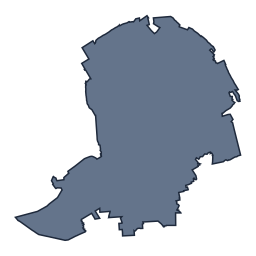 Dundagas pag., Dundagas, Latvia (orthographic projection)
{"feature_id": "27541924B42832973938104", "entity_name": "Dundagas pag.", "entity_type": "district", "adm_level": 2, "iso_a3": "LVA", "parent_name": "Latvia", "parent_adm1": "Dundagas", "projection": "orthographic", "projection_center": [22.38, 57.54], "detail": "fine", "context": "isolated", "style": "filled", "palette": "slate", "viewbox_px": 256, "rotation_deg": 0, "n_neighbors": 0, "source": "geoboundaries", "source_scale": "gbopen_adm2", "svg_char_len": 5633}
<svg xmlns="http://www.w3.org/2000/svg" viewBox="0 0 256 256"><path d="M81.7,63.4L84.9,68.9L84.3,69.3L84.8,70.2L85.8,70.3L90.8,78.8L89.5,79.0L87.4,81.5L85.8,81.3L85.8,81.7L86.0,81.9L85.9,82.1L86.2,82.3L85.9,82.5L85.8,82.9L85.6,83.0L85.7,83.4L85.5,83.5L85.9,83.9L85.8,84.1L86.0,84.4L85.9,84.5L86.0,84.7L86.0,84.8L85.7,84.7L85.7,86.3L85.6,87.2L85.8,88.2L85.8,90.3L85.7,91.4L86.1,96.0L86.4,96.9L86.3,97.3L86.5,98.4L86.6,100.5L87.1,102.0L87.0,102.9L87.6,104.5L88.2,105.0L89.2,107.7L90.2,108.5L91.9,109.7L95.4,115.8L95.6,115.7L97.1,137.2L97.2,139.4L97.5,140.9L97.8,141.7L98.4,142.7L98.6,143.4L98.6,144.7L100.0,145.2L100.4,148.3L100.5,149.2L100.2,150.5L100.5,150.7L100.8,151.3L101.3,152.0L101.2,152.3L101.3,152.8L101.2,153.0L101.2,152.9L101.1,153.2L101.2,153.6L100.7,153.7L100.8,153.9L100.7,153.9L100.6,154.1L100.8,154.2L100.8,154.7L101.0,154.8L100.9,155.2L101.2,155.4L101.3,155.7L101.0,155.7L101.1,155.9L101.3,155.9L101.3,156.5L99.0,158.0L96.9,159.1L96.4,158.5L95.8,158.0L93.7,156.9L92.4,156.4L91.3,156.3L89.8,156.6L85.6,158.2L84.3,158.8L75.2,166.0L67.9,171.3L68.5,172.4L68.3,172.8L68.5,173.1L68.3,173.4L68.5,173.5L63.9,177.5L63.9,179.7L57.0,180.7L56.3,179.5L56.0,178.2L54.2,177.2L53.4,176.5L53.2,176.7L53.6,177.2L52.7,177.7L51.5,180.7L53.3,183.8L52.7,184.4L55.5,188.2L55.9,188.5L57.3,187.8L61.1,188.0L62.1,190.0L61.7,190.5L57.5,197.6L49.3,203.9L47.0,206.1L37.5,211.4L15.4,217.3L17.6,219.9L17.9,220.4L20.0,221.5L32.7,230.6L33.1,230.7L35.9,232.7L38.7,234.5L65.1,240.3L68.2,239.9L76.0,235.9L76.5,235.8L78.5,234.8L85.3,231.8L85.5,231.5L85.6,231.4L85.4,231.1L85.5,230.8L85.4,230.8L85.2,230.9L85.2,230.7L84.9,230.6L84.8,230.2L84.5,230.1L84.3,229.9L84.3,229.6L84.6,229.7L84.6,229.2L84.2,229.2L83.9,228.9L83.8,229.4L83.6,229.4L83.5,229.0L83.5,228.6L83.3,228.6L83.0,228.1L83.4,228.1L83.6,227.3L83.5,227.1L83.5,226.8L83.5,226.6L83.5,226.3L83.4,225.7L83.5,225.3L83.1,225.2L83.8,224.4L83.6,224.3L83.4,224.4L83.2,224.3L83.2,224.2L83.6,223.1L83.4,223.0L82.6,223.1L82.3,223.2L82.5,222.2L82.4,221.9L82.0,221.6L81.6,221.5L81.5,221.3L81.8,221.1L81.8,220.9L81.4,220.8L81.2,220.6L81.2,220.4L81.5,220.2L81.4,219.4L91.6,213.3L94.4,217.9L95.0,219.1L99.7,218.3L95.2,211.0L99.7,208.3L99.9,212.2L110.1,211.4L110.1,211.7L108.9,215.8L109.0,215.9L108.8,216.6L109.1,216.8L108.7,217.6L121.8,216.7L120.5,218.2L121.4,220.6L122.1,222.8L121.9,222.9L121.8,223.2L118.9,223.4L119.3,229.7L122.2,229.5L122.5,232.1L122.6,235.9L134.4,235.3L134.1,230.9L134.3,231.1L135.3,230.9L137.4,228.5L139.4,228.2L140.6,228.5L142.7,228.4L142.4,224.1L143.5,223.6L142.9,222.0L158.0,221.1L161.2,223.8L162.5,225.3L163.5,226.8L164.3,226.7L164.2,226.0L166.1,225.8L166.3,225.4L175.7,225.4L175.6,215.0L175.6,212.9L180.8,212.9L180.6,212.4L179.9,211.9L178.6,210.7L178.6,210.1L178.0,210.1L177.5,210.4L176.8,210.0L177.8,208.4L179.1,205.7L178.3,204.5L177.6,204.3L176.7,203.8L176.7,202.5L176.8,202.5L176.8,202.2L176.6,202.1L176.6,201.3L176.3,201.2L176.1,200.9L179.9,199.9L179.3,198.1L179.8,198.0L178.7,192.5L183.8,191.4L183.7,190.7L188.1,189.8L188.2,189.5L187.4,187.1L186.1,187.4L185.7,185.4L188.4,184.6L191.5,183.3L191.2,182.2L193.7,181.3L193.4,178.6L194.0,178.1L194.8,179.3L196.0,179.7L196.6,179.0L195.9,175.6L192.2,169.9L198.2,166.4L197.8,165.1L199.7,165.0L199.7,163.9L200.0,163.8L198.8,163.3L197.7,163.2L197.9,162.3L195.5,159.4L196.4,157.8L198.8,159.2L200.3,156.7L202.6,156.6L204.6,154.0L207.1,154.2L207.9,153.1L209.1,152.4L210.6,152.1L211.0,152.8L210.5,153.5L211.9,153.3L212.9,155.2L212.4,155.5L212.8,156.6L212.6,161.8L212.3,164.0L223.4,161.7L224.9,160.4L225.8,159.8L226.1,159.8L227.2,160.5L227.6,160.5L227.9,160.5L228.7,159.9L229.7,160.0L234.6,157.2L235.5,156.9L236.8,156.7L238.1,155.8L240.6,155.1L234.0,128.7L232.6,122.7L231.2,121.7L233.0,119.3L232.8,119.1L230.2,114.3L228.8,114.4L227.7,114.6L222.3,116.3L222.2,115.6L222.3,115.1L222.1,114.4L222.1,113.8L222.1,113.7L222.0,113.4L222.2,113.2L222.8,113.3L225.8,110.7L230.3,108.0L232.3,105.7L232.5,105.0L233.9,103.9L234.8,102.5L234.5,102.4L232.1,100.4L232.8,99.4L232.0,99.0L232.3,96.5L230.3,96.4L229.9,95.3L229.0,92.8L229.5,91.9L230.6,92.4L231.2,92.2L231.8,91.7L232.5,91.5L233.4,92.9L233.5,93.3L233.9,93.9L234.7,94.6L234.9,95.2L235.4,95.8L237.2,100.7L238.8,101.5L240.0,101.2L239.5,99.6L239.8,99.5L239.2,97.8L239.3,96.0L238.6,94.4L236.5,91.7L235.1,90.0L237.5,90.0L238.3,89.5L237.5,88.3L235.5,84.9L234.4,83.3L233.1,80.6L230.9,77.1L230.8,76.7L230.6,76.3L229.3,73.9L228.7,72.9L228.3,71.9L228.1,71.1L227.1,69.2L226.4,67.3L225.9,66.4L225.3,64.7L225.7,64.5L225.6,64.3L224.6,61.9L223.9,60.4L217.5,63.5L216.9,63.0L215.8,62.8L215.4,61.0L213.6,60.4L214.1,59.7L213.2,59.3L213.6,58.7L214.2,58.4L213.6,57.3L213.0,56.6L213.2,56.4L213.4,56.5L213.5,56.3L213.8,56.3L213.9,56.2L214.1,56.0L214.0,55.9L214.1,55.6L213.9,55.4L213.7,54.8L213.8,54.6L214.1,54.5L209.7,50.2L210.6,49.2L211.6,48.9L212.9,50.8L213.6,52.0L213.9,52.0L215.1,50.0L213.3,46.6L212.9,46.7L212.4,46.1L210.8,44.8L209.8,43.6L207.8,42.1L206.5,40.2L203.3,37.4L201.2,35.9L200.9,36.4L197.7,33.3L194.3,31.0L192.5,29.1L188.9,27.5L187.5,29.8L179.2,26.8L179.3,26.0L179.6,25.5L179.9,25.0L177.8,22.9L177.1,22.4L176.2,21.3L174.4,19.9L174.3,19.6L173.0,17.9L170.6,16.5L153.4,17.9L153.9,21.8L153.5,23.7L158.0,26.6L159.9,27.6L156.5,32.2L155.6,32.7L154.4,33.6L151.3,30.6L147.0,25.3L149.3,24.6L147.8,17.9L148.4,17.8L147.0,15.7L139.7,20.8L139.4,18.0L135.8,18.8L133.6,21.8L132.6,21.7L129.7,22.1L129.7,21.9L129.1,21.6L127.0,22.9L123.6,23.8L122.1,24.4L119.9,25.7L119.4,25.0L119.3,25.3L116.7,27.1L115.5,27.6L113.2,29.1L111.6,29.9L108.9,32.0L105.3,34.3L103.0,35.4L100.6,37.0L98.4,38.2L96.2,40.1L95.9,40.6L95.5,42.6L95.3,43.0L94.7,43.7L92.9,40.8L82.1,47.7L88.9,59.0L81.7,63.4Z" fill="#64748b" stroke="#1e293b" stroke-width="1.5"/></svg>